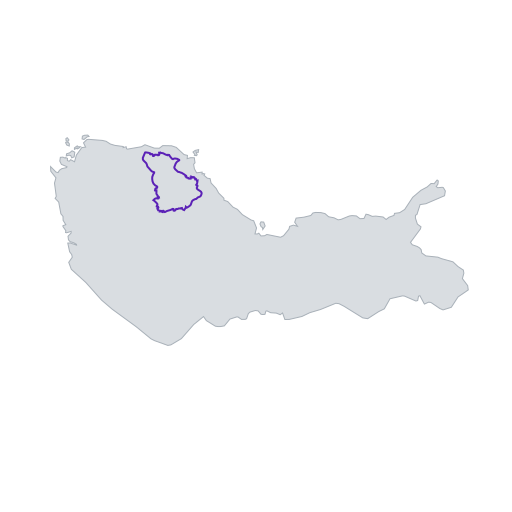 Southern Ostrobothnia on a map of Finland (orthographic projection), rotated 97°
{"feature_id": "FIN-3183", "entity_name": "Southern Ostrobothnia", "entity_type": "Province", "adm_level": 1, "iso_a3": "FIN", "parent_name": "Finland", "parent_adm1": "", "projection": "orthographic", "projection_center": [23.15, 62.738], "detail": "fine", "context": "in_parent", "style": "outline", "palette": "violet", "viewbox_px": 512, "rotation_deg": 97, "n_neighbors": 0, "source": "natural_earth", "source_scale": "10m", "svg_char_len": 7236}
<svg xmlns="http://www.w3.org/2000/svg" viewBox="0 0 512 512"><g transform="rotate(97 256 256)"><path d="M213.5,220.8L211.6,213.1L209.1,206.5L206.4,204.8L205.5,202.2L205.0,196.9L205.5,192.7L208.2,188.7L208.6,183.2L210.1,178.9L209.3,176.1L204.9,168.2L204.2,165.6L204.0,161.3L206.3,157.3L205.6,153.4L201.1,151.9L201.3,149.5L202.5,145.4L201.8,142.0L201.8,134.6L203.9,131.3L201.3,128.7L198.9,124.0L196.8,123.7L195.5,118.7L191.7,114.1L178.6,107.6L170.7,100.3L166.6,94.5L162.7,91.1L162.5,88.0L158.5,85.5L159.3,84.2L162.5,84.2L165.1,85.6L166.1,84.0L165.1,79.5L165.3,78.4L168.4,76.0L173.2,76.2L183.4,93.7L185.0,99.4L195.1,101.3L196.2,102.7L198.9,102.4L204.7,99.7L206.9,95.8L209.1,96.1L223.6,104.3L225.8,102.3L226.9,97.1L228.0,94.7L229.5,92.9L232.8,91.8L235.2,87.4L235.0,75.3L236.0,71.7L237.8,59.8L241.9,54.2L244.7,48.5L247.7,47.6L253.3,48.4L259.6,42.3L263.8,41.2L272.0,50.5L283.1,55.9L286.7,63.8L285.7,67.2L280.8,76.7L280.8,79.1L283.2,83.0L275.4,88.5L276.1,89.8L280.5,90.1L281.2,91.8L277.7,103.7L277.7,105.7L282.1,117.8L292.8,122.2L296.2,127.4L304.6,137.5L304.4,142.5L295.2,162.4L293.2,167.8L293.2,171.1L301.2,185.4L305.7,195.7L310.4,203.0L314.9,215.3L315.5,219.6L309.3,222.7L311.3,224.8L310.2,228.9L310.5,234.6L309.1,238.5L309.6,239.5L312.8,240.0L313.3,242.4L313.2,244.0L310.2,247.2L310.2,250.1L312.4,255.1L314.1,256.6L319.4,257.7L320.2,259.0L320.7,262.6L318.7,266.5L318.9,267.9L321.8,274.2L329.2,278.9L330.4,282.7L330.7,285.4L330.6,287.8L326.2,297.4L322.5,300.7L331.5,309.4L347.1,320.0L354.6,329.7L355.5,332.6L352.4,346.3L351.0,350.2L340.8,366.3L326.3,392.3L318.6,403.9L303.0,421.7L291.7,437.7L285.1,441.1L279.6,438.2L277.0,439.1L274.5,441.5L266.1,444.4L265.7,442.0L267.1,435.4L266.3,435.6L265.0,438.7L264.4,442.3L262.8,444.1L259.3,445.0L255.7,442.3L254.1,442.5L256.0,446.7L255.9,447.9L254.1,447.8L250.3,451.2L249.4,451.3L248.1,448.6L244.1,451.8L240.2,452.4L237.9,454.8L226.5,458.4L223.3,462.4L221.2,461.5L208.2,464.9L202.8,464.1L196.9,470.0L192.3,470.8L197.1,464.7L197.3,462.6L194.8,461.5L193.0,459.4L191.3,454.7L190.4,454.5L188.8,460.3L185.7,462.3L181.9,462.2L181.4,459.7L182.1,457.3L181.5,456.9L182.1,455.0L184.1,454.9L184.6,453.9L184.6,452.8L183.0,451.7L184.6,447.6L177.8,446.6L169.6,442.1L168.7,438.4L164.7,441.0L161.1,438.1L160.6,436.4L160.0,422.6L160.4,418.8L162.6,414.2L163.4,409.6L163.5,401.1L164.6,401.1L163.4,398.2L165.3,397.6L165.6,396.6L161.5,383.0L159.1,379.8L161.3,370.1L161.1,367.9L160.8,365.1L157.8,362.0L156.9,353.3L157.9,348.4L164.1,339.8L164.5,336.3L167.8,336.2L166.4,333.0L166.0,329.2L170.9,327.9L172.6,329.1L176.9,327.8L180.7,325.1L179.3,319.7L181.2,319.5L180.6,318.3L180.8,316.9L182.2,317.5L184.7,313.8L184.8,311.0L189.0,309.5L193.8,303.8L198.1,300.7L202.6,294.9L204.5,294.6L205.4,290.7L210.3,284.8L212.0,280.1L216.6,274.6L220.9,265.2L221.3,262.6L228.1,258.9L234.2,259.7L234.0,257.4L233.0,256.0L235.5,253.5L234.8,249.8L233.3,247.9L234.4,233.9L232.5,231.1L225.4,226.6L222.5,226.2L220.8,222.6L221.5,218.4L217.8,221.7L213.5,220.8ZM175.1,448.5L179.8,448.6L181.0,450.8L178.9,452.1L178.7,453.9L179.8,456.5L177.7,456.5L176.3,453.5L174.0,451.4L175.1,448.5ZM226.3,254.5L223.7,256.0L221.5,255.2L221.4,252.5L225.1,250.6L228.9,252.5L227.0,253.0L226.3,254.5ZM160.3,326.0L160.1,328.3L162.7,326.7L163.7,327.4L163.6,329.4L162.7,329.0L160.5,331.2L158.6,329.2L157.4,325.9L160.3,326.0ZM161.3,440.9L161.0,442.9L158.2,442.9L157.1,441.0L156.5,437.7L157.7,436.3L158.3,438.1L161.3,440.9ZM172.3,449.2L170.8,449.4L168.8,447.3L168.5,446.5L169.3,446.0L169.0,443.6L170.6,445.0L171.5,446.5L170.6,446.8L172.3,449.2ZM168.9,457.4L166.7,458.8L166.0,458.4L166.2,456.0L167.5,454.9L169.6,454.8L168.9,457.4ZM164.6,458.6L162.7,459.0L161.6,457.8L163.4,455.9L164.7,456.1L165.0,457.3L164.6,458.6Z" fill="#d9dde1" stroke="#a8b0b8" stroke-width="1"/><path d="M206.6,322.2L206.9,323.2L207.4,324.0L207.9,324.8L208.5,325.5L209.1,326.0L209.8,326.3L213.1,327.0L214.4,328.0L216.1,330.0L216.5,330.7L216.1,331.0L215.9,331.3L215.7,331.6L216.5,331.6L219.2,332.9L218.9,333.9L218.5,334.7L218.1,335.2L217.4,335.4L217.7,336.5L217.8,336.6L218.0,336.5L218.1,336.8L218.1,337.2L218.1,337.7L218.2,338.2L218.3,338.7L218.6,339.1L218.9,339.4L219.0,339.9L219.0,340.7L219.4,341.3L219.8,341.4L220.4,341.6L220.9,342.2L221.1,342.8L220.9,343.4L219.7,343.6L219.4,343.7L219.4,344.5L220.7,346.4L222.2,349.9L222.9,350.9L223.3,351.4L223.5,352.0L222.6,353.1L222.4,353.4L222.5,353.8L223.1,353.8L223.6,353.7L223.8,353.8L223.8,354.1L223.7,354.2L223.3,354.2L223.3,354.3L223.4,354.6L223.5,355.0L223.5,355.4L223.1,355.5L223.0,355.9L223.0,356.1L223.1,356.3L222.8,356.2L222.8,356.4L222.8,356.6L222.9,356.8L222.8,357.3L222.7,357.9L222.5,358.2L222.5,358.3L222.6,358.6L222.4,358.8L222.1,358.9L221.9,359.0L221.5,359.3L221.1,359.7L220.8,359.6L220.8,359.4L220.6,359.1L220.3,359.0L220.1,359.0L219.9,358.8L219.0,359.2L219.0,359.6L219.2,360.1L219.0,360.6L218.6,360.6L217.0,360.1L216.5,360.2L216.0,360.6L215.3,361.4L213.7,363.5L213.1,364.6L211.7,363.5L211.2,362.8L210.8,361.5L210.9,361.1L210.9,360.7L210.9,360.2L210.7,359.8L210.4,359.7L210.2,360.0L209.9,360.4L209.7,360.5L209.6,359.5L209.3,359.6L209.2,359.7L209.1,360.0L208.9,360.5L208.5,360.7L207.9,361.1L206.9,362.1L206.1,362.5L203.6,362.7L203.1,362.8L203.2,363.0L203.3,363.5L203.3,364.2L203.1,364.3L202.9,364.2L201.5,364.1L201.1,363.8L200.5,362.8L200.3,362.5L199.5,362.4L198.9,362.9L198.1,364.8L196.6,366.6L194.5,367.8L192.3,368.4L190.2,368.6L187.6,368.0L185.9,367.2L185.3,367.3L185.0,368.6L184.8,369.4L184.5,370.0L183.7,371.0L181.7,373.2L181.3,373.7L180.4,374.7L178.3,375.6L177.2,376.3L174.9,379.3L174.0,380.0L172.4,380.3L166.8,378.7L166.7,378.5L166.7,378.3L166.6,378.1L166.6,377.4L166.7,375.0L167.0,373.6L167.9,373.5L168.0,373.0L167.8,372.4L167.5,372.0L167.5,371.4L167.8,371.0L168.4,370.7L169.2,370.5L169.3,370.0L169.2,369.7L168.8,369.2L168.3,368.9L167.9,368.9L167.7,368.3L167.7,367.9L167.7,367.0L167.6,366.4L167.5,366.0L167.5,365.6L167.9,365.5L167.8,364.9L167.6,364.6L166.9,364.3L165.4,364.7L165.4,364.1L165.1,364.0L165.0,363.9L164.9,363.7L165.1,363.3L165.2,363.0L165.3,362.4L165.3,361.6L165.3,361.3L165.4,360.5L166.1,358.8L166.5,357.5L166.6,356.8L166.7,356.2L166.4,356.2L166.3,355.9L166.3,355.1L166.3,354.5L167.2,353.8L168.3,352.8L169.8,351.1L170.0,350.2L169.8,350.0L169.4,349.3L169.2,348.9L169.1,347.9L169.1,347.3L169.2,345.8L169.5,345.1L169.8,344.5L169.9,344.0L170.4,343.9L171.9,345.7L172.7,346.3L174.1,347.0L177.7,347.9L178.4,347.8L179.0,347.4L179.8,346.7L181.5,344.3L181.8,344.0L182.0,343.2L182.0,342.2L182.4,341.0L182.4,340.6L182.5,339.9L183.9,336.9L184.2,336.4L184.6,336.1L185.0,335.9L184.8,335.7L184.7,335.5L184.9,335.1L185.6,334.8L185.8,334.8L186.2,334.9L186.5,334.7L186.7,333.7L186.7,333.2L186.8,332.7L187.0,332.5L187.3,332.4L187.3,332.1L187.3,330.9L187.1,330.2L185.9,330.3L185.7,330.4L185.6,330.2L185.9,329.3L185.8,329.1L185.6,329.1L185.4,329.2L185.6,328.7L185.9,328.3L185.9,328.0L185.8,327.9L185.3,327.8L185.3,327.2L185.5,326.8L186.1,326.2L187.1,325.8L187.3,325.7L186.9,324.9L187.1,324.7L188.8,323.7L188.5,323.2L189.1,323.2L190.9,323.3L192.1,323.7L192.6,324.0L193.0,323.8L193.0,323.1L193.2,322.7L193.7,322.6L195.7,323.1L196.4,322.8L197.2,321.7L198.4,319.2L199.0,318.3L200.0,317.7L200.8,317.6L201.9,317.8L202.9,318.1L203.7,318.7L204.0,319.1L204.6,320.2L204.9,320.8L205.7,321.5L206.6,322.2Z" fill="none" stroke="#5b21b6" stroke-width="2"/></g></svg>